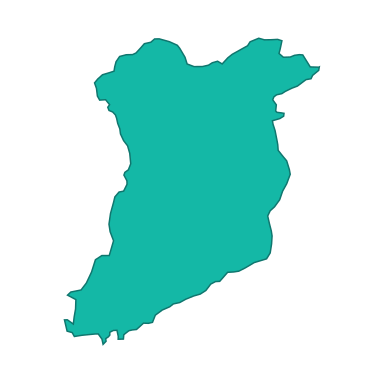 the district of Mari, Larnaca, Cyprus, rotated 95°
{"feature_id": "46923920B82704308183910", "entity_name": "Mari", "entity_type": "district", "adm_level": 2, "iso_a3": "CYP", "parent_name": "Cyprus", "parent_adm1": "Larnaca", "projection": "orthographic", "projection_center": [33.292, 34.734], "detail": "fine", "context": "isolated", "style": "filled", "palette": "teal", "viewbox_px": 384, "rotation_deg": 95, "n_neighbors": 0, "source": "geoboundaries", "source_scale": "gbopen_adm2", "svg_char_len": 2252}
<svg xmlns="http://www.w3.org/2000/svg" viewBox="0 0 384 384"><g transform="rotate(95 192 192)"><path d="M91.8,298.6L97.1,296.2L104.7,294.6L108.5,292.0L107.6,286.1L112.2,281.7L114.9,283.3L118.0,281.8L119.2,278.0L121.9,275.0L125.2,273.5L130.1,272.0L135.4,269.4L140.4,268.3L146.8,264.6L151.6,260.2L158.9,257.4L169.2,255.5L175.4,257.3L178.3,260.6L181.1,261.3L186.5,257.8L190.0,257.4L197.1,260.2L198.4,264.7L203.6,268.4L209.5,269.3L220.4,271.3L231.3,271.9L238.7,270.1L247.4,265.9L262.5,268.9L263.2,276.3L267.9,282.3L280.5,285.1L291.9,289.3L299.3,294.0L302.2,304.0L305.6,307.0L309.3,298.3L318.7,297.8L326.7,298.5L333.9,298.7L330.2,305.0L330.5,307.9L341.5,304.3L342.5,299.1L346.2,296.6L345.8,295.1L344.3,289.1L341.9,276.2L341.6,273.0L346.4,268.9L351.5,267.3L348.2,264.6L345.6,265.2L343.6,262.7L341.7,261.4L338.9,261.7L336.8,258.3L336.3,254.7L342.2,252.9L345.1,252.7L344.5,247.5L341.1,247.5L340.1,247.5L335.7,242.8L334.6,239.4L333.8,235.3L326.9,228.9L326.6,223.9L325.3,220.0L317.9,217.8L312.2,211.4L308.3,204.2L305.1,200.8L303.2,194.6L299.3,188.8L295.4,181.2L293.0,174.9L288.9,169.6L282.1,165.3L279.2,160.8L278.6,156.6L268.9,149.5L268.0,143.4L266.8,138.5L263.0,132.4L256.9,123.9L252.1,111.9L245.9,108.8L236.8,108.2L228.8,108.4L223.9,109.6L216.8,112.1L209.3,114.5L203.9,112.5L199.6,108.5L192.1,104.0L183.2,101.8L175.6,98.4L165.8,95.7L161.1,97.0L152.7,100.4L148.7,104.4L143.0,109.8L137.4,110.7L134.0,111.6L123.6,114.6L117.4,117.2L114.0,118.1L111.2,110.9L108.5,107.3L105.6,107.2L105.4,109.7L105.2,114.4L104.0,115.7L97.8,115.6L95.0,118.0L93.1,119.6L90.1,118.7L87.8,116.2L86.2,111.1L83.7,107.9L81.7,104.6L79.8,101.4L77.3,96.2L70.1,88.2L68.8,83.3L65.3,82.0L59.8,76.4L56.4,76.1L56.6,76.4L57.1,85.1L45.8,93.6L45.8,97.0L46.9,101.8L49.0,105.9L49.8,112.7L46.4,117.4L41.7,116.6L33.5,115.6L32.5,120.0L33.4,126.4L34.1,133.1L33.0,138.9L37.3,147.2L41.5,149.4L45.2,154.9L47.4,158.1L51.3,163.9L55.2,168.0L61.8,173.1L59.5,177.9L61.5,183.1L64.2,186.6L66.1,192.5L66.9,200.9L64.9,208.0L58.4,210.7L56.7,211.9L50.0,216.7L47.1,219.4L44.2,227.7L42.3,238.0L42.8,242.6L46.4,246.1L48.4,252.4L52.7,255.5L58.4,259.9L60.3,263.2L61.0,269.5L63.3,275.9L68.8,279.0L74.0,279.9L78.4,280.2L80.3,284.6L83.0,291.4L87.6,295.7L91.8,298.6Z" fill="#14b8a6" stroke="#0f766e" stroke-width="1.5"/></g></svg>